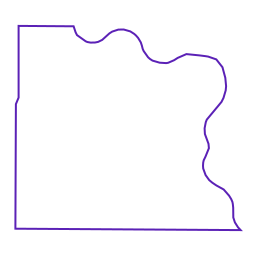 Dakota, Nebraska, United States of America
{"feature_id": "52423323B32373554543945", "entity_name": "Dakota", "entity_type": "district", "adm_level": 2, "iso_a3": "USA", "parent_name": "United States of America", "parent_adm1": "Nebraska", "projection": "orthographic", "projection_center": [-96.478, 42.401], "detail": "fine", "context": "isolated", "style": "outline", "palette": "violet", "viewbox_px": 256, "rotation_deg": 0, "n_neighbors": 0, "source": "geoboundaries", "source_scale": "gbopen_adm2", "svg_char_len": 935}
<svg xmlns="http://www.w3.org/2000/svg" viewBox="0 0 256 256"><path d="M186.4,54.1L177.7,57.9L174.1,60.2L168.1,62.8L166.2,63.1L159.7,62.7L152.5,60.6L149.9,58.9L148.1,57.3L143.7,51.1L142.7,48.9L141.9,45.7L140.8,42.4L138.1,37.9L135.9,35.4L134.2,33.9L130.3,31.4L123.7,29.5L118.3,29.6L112.2,31.6L109.4,33.4L102.2,39.9L98.1,41.9L95.1,42.5L90.6,42.6L87.3,42.0L85.7,41.3L77.0,35.1L75.6,32.3L73.6,26.3L18.6,25.9L18.6,97.6L15.9,104.1L15.4,226.7L15.4,228.7L240.6,230.1L238.0,227.3L234.9,222.4L233.3,217.5L233.2,207.8L232.8,203.9L232.4,201.9L231.2,199.1L229.1,195.7L223.7,189.5L216.3,185.4L212.3,182.7L209.2,180.1L205.6,175.1L203.2,168.5L203.0,165.9L203.2,162.6L203.7,160.3L205.5,156.6L208.9,148.2L208.5,143.8L204.9,134.0L204.6,128.3L205.8,122.1L206.8,119.6L221.5,101.9L223.5,97.9L225.7,90.4L226.1,86.2L225.3,77.8L222.8,68.5L222.5,67.3L216.3,59.4L208.2,56.6L205.8,56.2L199.5,55.4L186.4,54.1Z" fill="none" stroke="#5b21b6" stroke-width="2"/></svg>